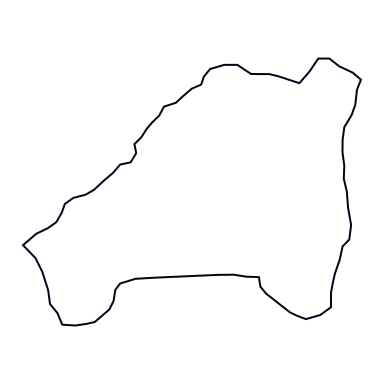 União Paulista, São Paulo, Brazil
{"feature_id": "56859067B29027932517440", "entity_name": "União Paulista", "entity_type": "district", "adm_level": 2, "iso_a3": "BRA", "parent_name": "Brazil", "parent_adm1": "São Paulo", "projection": "mercator", "projection_center": [-49.89, -20.889], "detail": "fine", "context": "isolated", "style": "outline", "palette": "ink", "viewbox_px": 384, "rotation_deg": 0, "n_neighbors": 0, "source": "geoboundaries", "source_scale": "gbopen_adm2", "svg_char_len": 1097}
<svg xmlns="http://www.w3.org/2000/svg" viewBox="0 0 384 384"><path d="M23.0,245.2L35.4,258.0L42.2,271.5L48.2,290.4L50.0,304.0L57.5,313.2L62.3,324.7L75.6,325.5L87.0,323.8L94.8,322.0L109.3,309.5L113.6,300.9L115.3,289.9L120.1,283.5L135.4,278.8L156.4,277.6L217.3,274.9L233.6,274.7L246.4,276.7L258.9,277.1L260.4,286.7L266.1,293.6L281.1,305.4L290.0,312.4L297.4,315.9L305.9,319.1L320.3,315.0L331.0,307.2L331.0,292.7L332.8,283.1L334.8,273.9L339.7,259.8L342.6,246.4L349.3,239.5L351.1,224.9L348.1,208.1L346.8,191.5L343.8,178.7L344.3,165.9L342.5,152.3L342.6,139.9L344.3,127.2L351.6,115.1L355.3,104.8L357.0,89.6L361.0,79.7L352.8,72.7L339.2,66.3L329.3,58.5L318.2,58.6L309.7,71.3L299.4,83.2L288.2,79.5L278.4,76.3L269.4,74.1L251.1,74.0L237.4,64.9L224.1,64.9L210.1,69.0L203.8,76.8L201.2,84.6L191.7,88.7L183.2,96.0L175.9,102.8L164.0,106.6L159.2,115.6L152.0,122.6L146.6,129.0L141.4,137.2L134.4,144.1L136.2,153.1L130.7,162.3L120.1,164.6L113.1,172.8L103.8,180.7L94.0,189.8L85.5,194.7L73.3,197.9L64.8,204.0L61.8,212.6L56.3,222.2L47.8,228.2L36.2,233.8L23.0,245.2Z" fill="none" stroke="#020617" stroke-width="2"/></svg>